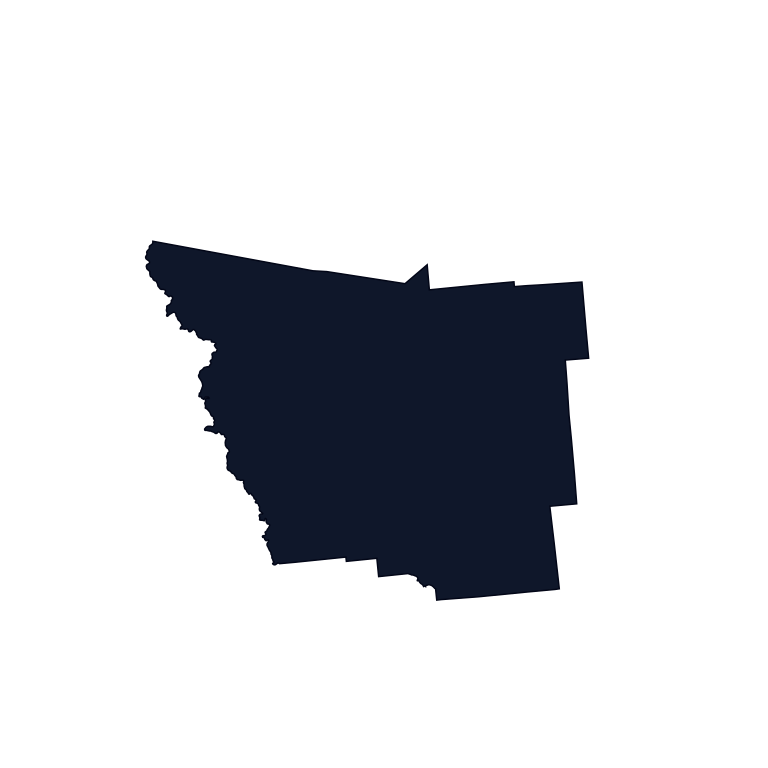 Lobos, Buenos Aires, Argentina, rotated 42°
{"feature_id": "61730980B17134937162409", "entity_name": "Lobos", "entity_type": "district", "adm_level": 2, "iso_a3": "ARG", "parent_name": "Argentina", "parent_adm1": "Buenos Aires", "projection": "mercator", "projection_center": [-59.277, -35.199], "detail": "fine", "context": "isolated", "style": "filled", "palette": "ink", "viewbox_px": 768, "rotation_deg": 42, "n_neighbors": 0, "source": "geoboundaries", "source_scale": "gbopen_adm2", "svg_char_len": 6158}
<svg xmlns="http://www.w3.org/2000/svg" viewBox="0 0 768 768"><g transform="rotate(42 384 384)"><path d="M560.9,300.3L542.5,283.5L518.9,260.4L502.7,244.9L518.8,227.9L497.2,207.9L462.9,175.8L434.6,205.0L424.4,215.3L415.7,224.4L412.2,221.1L392.3,242.5L354.7,283.7L336.3,266.5L332.5,295.4L266.2,338.8L255.5,347.4L116.7,432.6L117.6,433.6L118.0,434.4L118.1,435.3L117.5,438.2L117.8,439.1L118.5,439.8L119.0,440.5L119.1,441.1L119.0,443.2L119.2,444.3L119.5,444.9L120.7,445.8L121.2,446.4L121.5,448.0L121.9,449.2L123.2,450.1L124.5,450.1L127.1,449.8L128.2,450.2L128.8,451.2L128.7,452.1L128.0,453.7L128.1,454.5L128.6,455.6L130.6,457.0L131.6,457.1L134.7,457.1L136.4,458.9L138.0,460.1L138.7,460.3L140.3,459.9L141.1,460.0L142.7,460.8L143.4,460.8L144.2,460.7L145.5,460.2L146.2,460.1L148.6,461.1L150.6,462.5L151.1,462.6L151.3,462.4L151.9,462.7L153.6,463.0L154.4,463.0L155.3,462.6L156.8,461.3L157.9,460.8L158.8,460.7L159.3,461.0L160.2,462.2L160.2,462.8L160.4,463.2L160.7,463.4L163.1,463.0L164.9,463.1L165.8,462.9L166.4,461.5L166.9,461.0L168.6,460.9L169.2,461.7L170.0,462.2L170.1,464.3L171.2,465.4L171.6,467.0L171.5,468.2L170.5,471.2L170.6,471.7L171.8,472.9L172.8,474.6L173.3,475.1L175.4,476.2L175.7,476.6L176.3,478.1L176.7,478.6L177.0,478.7L177.4,478.8L177.8,478.4L177.9,478.0L178.0,476.0L179.3,471.8L179.9,471.2L180.8,470.8L181.7,470.8L182.4,471.2L183.3,472.0L184.1,472.5L185.3,472.6L187.0,473.6L188.0,474.0L188.6,474.1L190.7,474.0L193.1,474.9L194.5,475.2L194.9,475.7L195.0,477.9L195.6,479.3L195.9,479.4L196.4,478.9L196.8,478.1L199.1,476.7L199.5,476.5L200.2,475.4L201.0,474.7L201.3,474.6L202.2,474.6L203.2,475.3L203.8,475.5L204.4,475.4L204.8,475.1L205.2,474.5L205.4,473.9L205.6,471.5L206.3,470.7L208.4,470.7L209.7,471.3L210.7,471.3L210.9,471.9L211.4,472.4L213.7,473.0L214.4,473.3L215.2,473.4L218.1,472.1L219.6,472.3L220.7,472.0L221.5,470.3L221.8,470.0L224.1,468.4L224.8,467.7L225.4,467.3L226.4,467.0L226.8,467.1L227.3,468.0L227.7,468.1L228.2,467.7L229.1,467.2L229.7,466.6L231.6,466.2L232.0,466.5L232.3,466.8L232.3,467.2L231.9,467.9L232.4,469.0L233.2,469.1L234.7,469.6L235.9,469.6L236.8,469.8L237.3,470.3L237.4,471.2L237.7,471.9L237.7,472.9L237.6,473.2L236.7,473.8L236.3,474.3L235.9,476.3L236.4,477.2L238.4,478.6L238.8,479.4L239.6,480.3L239.7,480.6L239.7,481.1L239.4,482.4L239.5,483.3L240.0,483.7L241.4,483.9L241.8,484.8L242.0,486.9L242.5,488.6L242.4,488.8L241.7,488.9L241.0,489.6L239.4,492.0L239.3,492.9L239.4,494.6L239.2,495.4L238.8,497.3L239.1,498.4L240.1,500.0L240.3,501.3L240.7,502.0L241.9,502.8L244.2,503.4L247.0,504.2L248.9,505.3L250.5,506.6L250.8,507.0L251.2,508.3L252.1,510.0L252.3,511.1L253.1,512.5L253.3,513.1L253.0,514.4L253.7,515.3L254.2,516.3L254.8,517.0L255.3,516.9L257.0,515.8L257.7,516.4L258.3,516.5L259.1,516.2L260.0,516.2L260.3,515.8L260.3,515.6L259.9,513.8L260.4,512.7L261.2,511.8L262.0,511.4L262.4,511.2L263.3,511.3L263.7,511.5L263.7,512.0L261.9,513.2L261.5,514.2L261.5,515.0L263.1,516.4L263.6,518.1L266.3,519.9L266.7,520.7L267.3,521.4L269.4,521.0L273.3,521.4L276.5,522.9L277.6,523.0L278.0,522.6L279.3,522.7L279.7,522.9L280.6,523.9L281.7,523.9L282.4,524.2L282.8,524.8L283.1,526.2L284.6,527.2L285.1,527.8L285.4,528.5L285.6,529.9L285.2,530.6L283.5,531.4L281.4,533.3L280.8,534.7L280.7,535.4L280.8,537.4L281.1,537.8L281.8,538.2L282.2,538.1L282.8,537.4L285.8,535.7L286.5,535.0L288.5,534.3L289.4,533.8L290.5,533.6L291.2,533.6L292.2,533.3L292.8,532.5L292.8,531.8L292.6,531.4L292.7,530.9L293.7,529.9L294.4,529.8L296.9,530.3L297.3,530.1L298.1,529.1L299.1,528.6L300.8,529.6L301.2,529.7L302.3,529.6L302.8,529.8L303.3,530.1L303.6,530.5L304.0,531.9L305.2,533.8L307.4,535.8L309.8,536.5L311.7,536.4L312.3,536.6L313.0,536.9L313.4,537.0L314.4,537.8L314.1,539.7L314.6,540.5L315.4,543.0L316.8,544.1L318.3,545.1L319.8,546.6L320.3,547.8L322.1,549.0L322.5,549.6L323.0,550.7L323.4,551.2L324.0,551.7L325.0,552.1L326.0,552.3L327.1,551.9L328.5,551.6L330.0,551.9L330.9,551.9L332.1,551.4L333.1,551.3L334.5,551.8L335.9,551.9L336.5,552.2L337.5,553.0L338.9,553.2L340.4,552.2L341.7,551.7L343.2,550.1L344.2,549.6L344.8,549.9L345.3,551.1L345.6,551.4L347.2,552.2L348.4,553.5L350.6,554.9L352.4,554.9L353.1,555.1L354.1,555.7L355.7,555.7L356.4,556.1L357.1,556.3L357.5,556.1L357.7,555.8L357.9,554.7L358.3,554.3L358.5,554.3L360.0,554.9L361.2,554.7L361.7,554.9L362.8,555.2L364.4,556.1L366.0,555.6L366.4,555.7L366.8,556.1L367.2,557.6L367.8,558.1L368.1,558.1L369.8,557.3L370.6,557.2L372.2,558.1L373.9,558.6L374.9,560.2L375.6,560.9L376.0,561.1L376.8,561.4L377.8,561.2L378.8,561.4L380.4,561.3L380.6,561.8L380.6,562.2L379.4,563.2L379.1,563.9L379.1,564.7L379.2,565.2L379.5,565.5L380.3,566.0L381.2,566.4L382.2,567.9L382.4,568.1L383.0,568.1L385.1,566.5L386.5,565.8L386.6,565.5L386.5,565.0L385.8,563.9L385.8,563.3L386.0,563.2L386.8,563.1L387.2,563.3L387.7,563.8L388.6,565.3L389.5,565.5L390.6,566.0L391.2,565.9L392.2,565.2L393.0,565.1L393.4,565.2L393.7,565.5L393.8,565.9L394.5,568.1L394.6,570.1L395.1,571.4L395.2,571.8L394.9,572.8L394.8,573.7L395.3,574.1L396.7,574.6L396.9,574.9L397.0,575.3L396.9,575.9L396.6,576.6L395.6,577.8L395.5,578.2L395.7,578.7L396.5,579.1L398.0,578.4L398.3,578.5L399.5,579.3L401.1,579.4L401.5,579.0L401.9,577.8L402.3,577.4L402.7,577.3L403.1,577.6L403.3,577.9L404.0,580.9L404.5,581.6L405.3,582.3L406.4,582.6L410.1,584.2L412.6,584.8L413.3,585.4L413.8,586.0L415.2,586.4L415.7,586.7L416.6,587.8L417.3,588.4L418.8,588.8L419.9,589.7L421.3,589.8L421.6,590.1L421.6,590.6L421.3,591.5L421.3,591.8L421.5,592.0L422.1,592.2L423.1,592.0L423.6,591.7L424.2,591.0L424.7,588.8L424.9,588.0L425.9,587.5L426.6,587.4L436.8,576.4L471.5,538.1L474.7,541.0L495.3,518.3L508.9,530.7L528.6,508.9L531.2,507.7L532.3,507.4L532.8,506.9L534.1,506.2L535.1,505.9L536.5,505.3L537.7,505.2L538.8,505.4L539.3,505.9L539.8,506.6L539.9,507.3L540.3,507.9L540.5,507.9L540.7,507.7L541.0,507.1L541.3,506.9L543.5,507.5L544.9,507.6L545.9,507.4L547.4,507.4L548.9,508.0L549.0,508.0L549.0,507.3L549.6,506.9L550.5,506.7L550.0,506.0L550.1,505.6L551.6,503.1L553.1,502.3L554.3,501.9L554.8,501.7L555.3,501.8L556.2,501.7L558.6,501.9L559.4,501.7L567.8,509.3L570.6,506.1L596.4,479.1L627.9,444.6L648.5,422.3L651.3,418.9L617.3,388.7L589.0,363.9L607.4,344.1L585.8,323.5L560.9,300.3Z" fill="#0f172a" stroke="#020617" stroke-width="1.5"/></g></svg>